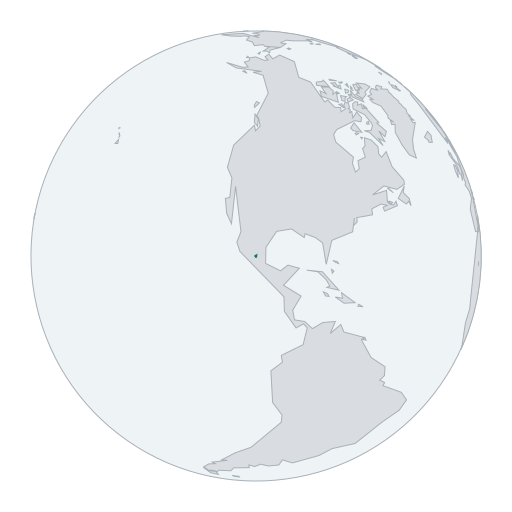 Distrito Federal highlighted on a globe, orthographic projection, rotated 29°
{"feature_id": "MEX-2727", "entity_name": "Distrito Federal", "entity_type": "Federal District", "adm_level": 1, "iso_a3": "MEX", "parent_name": "Mexico", "parent_adm1": "", "projection": "orthographic", "projection_center": [-99.124, 19.314], "detail": "fine", "context": "on_globe", "style": "filled", "palette": "teal", "viewbox_px": 512, "rotation_deg": 29, "n_neighbors": 0, "source": "natural_earth", "source_scale": "10m", "svg_char_len": 9164}
<svg xmlns="http://www.w3.org/2000/svg" viewBox="0 0 512 512"><g transform="rotate(29 256 256)"><circle cx="256" cy="256" r="225" fill="#eef3f6" stroke="#a8b0b8"/><path d="M42.3,326.2L42.8,327.8L42.3,326.2ZM335.7,294.1L330.5,292.3L325.9,299.5L307.7,290.7L300.2,278.1L239.7,259.8L232.5,253.1L231.0,241.9L204.3,204.9L218.9,239.7L209.8,233.0L201.3,220.5L204.7,217.5L197.1,199.4L188.0,192.3L182.7,169.8L191.2,142.4L194.9,146.8L196.6,140.3L191.9,134.6L188.5,132.6L187.8,107.7L174.6,94.5L164.3,96.7L171.3,91.8L147.7,101.0L136.5,101.0L152.9,97.4L157.5,94.4L151.8,92.1L155.3,88.6L154.5,85.7L159.2,82.0L168.4,80.9L171.5,78.7L167.3,77.4L169.4,73.3L175.1,75.5L179.2,68.8L195.3,67.4L206.8,79.0L219.5,77.4L241.3,88.0L243.1,84.8L252.5,87.7L258.1,85.3L260.5,88.6L262.9,84.0L259.6,81.5L259.5,78.7L262.4,77.3L266.1,81.0L265.1,82.3L267.8,82.7L268.3,85.3L269.7,83.2L273.8,88.3L274.2,81.3L281.2,83.8L282.7,87.7L276.7,89.8L265.3,106.3L265.0,112.2L270.6,117.7L293.3,122.3L295.4,128.2L302.4,134.4L304.0,129.6L299.0,123.2L303.7,116.6L297.1,110.3L298.0,106.9L293.5,100.0L300.5,98.7L309.7,101.3L313.8,107.2L318.0,108.8L319.2,101.6L331.7,111.9L348.5,118.0L351.1,121.3L346.8,129.5L333.9,132.7L328.4,146.0L338.4,135.3L344.6,144.8L348.3,145.8L351.7,144.5L351.9,140.2L355.3,143.4L346.7,154.4L343.5,151.7L346.2,148.0L340.2,149.9L334.4,158.6L338.0,163.4L325.6,173.5L328.0,177.2L326.6,182.0L323.6,175.1L328.8,188.0L314.7,205.6L321.5,229.3L307.9,212.2L298.8,211.1L288.2,212.7L289.2,216.5L274.0,215.1L262.1,224.4L260.5,243.7L268.0,257.8L284.6,257.1L288.3,248.5L299.8,245.7L294.3,268.3L314.9,269.2L314.4,285.6L320.7,293.2L330.3,289.7L340.5,292.2L346.7,281.8L357.1,274.8L358.5,287.8L363.4,274.8L369.8,279.9L390.0,274.8L388.7,278.1L405.9,289.0L422.5,290.3L426.3,298.3L424.5,304.6L429.8,304.3L429.9,307.9L449.2,304.8L457.4,308.9L456.0,321.5L446.9,339.8L433.6,371.9L415.9,387.6L407.9,399.8L388.2,419.3L377.9,421.5L377.3,427.7L368.7,433.6L361.1,435.8L356.8,440.8L351.0,442.2L352.7,444.4L339.2,452.1L338.2,456.0L327.3,461.4L326.8,463.4L324.2,463.8L320.4,465.1L318.7,466.4L312.5,465.7L315.4,460.8L321.0,457.4L317.6,457.5L330.0,448.6L324.8,450.9L333.4,438.0L344.4,425.7L358.7,389.2L355.8,382.4L341.6,376.1L324.7,349.2L330.6,336.1L326.3,330.7L340.2,310.7L335.7,294.1ZM78.2,225.9L79.3,220.7L80.6,224.6L78.2,225.9ZM78.7,217.2L78.5,219.0L78.4,217.4L78.7,217.2ZM77.7,215.7L78.4,216.8L77.4,216.1L77.7,215.7ZM76.1,214.5L77.0,214.9L76.8,215.1L76.1,214.5ZM321.8,237.6L345.1,245.7L333.2,249.1L335.2,246.6L329.0,242.7L317.9,239.8L307.1,243.8L321.8,237.6ZM74.3,211.0L74.0,210.0L74.9,209.9L74.3,211.0ZM329.2,223.0L325.3,222.6L328.9,222.0L329.2,223.0ZM186.4,132.4L191.5,135.0L194.4,141.7L189.8,139.9L186.4,132.4ZM181.5,120.7L184.8,120.5L182.7,126.8L181.4,124.9L181.5,120.7ZM156.1,99.4L159.6,100.5L155.0,100.8L156.1,99.4ZM153.6,86.0L151.5,87.0L152.0,85.2L153.6,86.0ZM290.0,101.4L291.7,100.7L291.7,102.3L290.0,101.4ZM286.4,99.1L285.1,101.4L283.2,100.8L284.1,99.3L286.4,99.1ZM159.6,78.0L161.0,75.1L161.1,77.8L159.6,78.0ZM288.5,96.5L280.0,99.3L276.7,98.2L277.2,92.0L288.5,96.5ZM162.9,73.3L166.3,67.1L161.9,68.3L176.2,61.8L168.6,68.9L169.4,71.8L166.3,71.5L162.9,73.3ZM257.2,81.3L260.9,83.9L255.1,83.2L257.2,81.3ZM253.5,81.6L235.8,84.6L231.9,80.5L238.6,80.1L231.3,76.4L238.1,72.9L243.6,74.2L244.8,77.4L246.5,73.7L253.5,81.6ZM183.5,59.5L185.7,58.1L185.1,59.4L183.5,59.5ZM259.0,77.6L255.8,78.4L252.1,74.8L257.9,72.7L257.2,74.5L259.0,77.6ZM226.1,77.4L224.4,74.7L229.4,71.0L229.5,69.5L237.9,72.5L226.1,77.4ZM259.6,74.6L261.0,71.8L265.4,72.3L261.9,76.7L259.6,74.6ZM248.7,74.9L247.3,73.2L250.0,73.4L248.7,74.9ZM281.9,73.1L278.1,73.7L275.9,71.8L281.9,73.1ZM261.2,70.8L259.7,70.6L258.4,70.1L260.2,68.5L261.2,70.8ZM240.9,69.9L243.3,69.1L237.7,68.4L241.2,66.0L246.2,68.6L245.6,66.5L246.7,65.8L249.5,68.7L240.9,69.9ZM258.1,65.3L265.7,68.3L273.2,67.5L275.4,69.0L262.9,70.2L258.1,65.3ZM252.8,67.0L256.6,66.2L257.4,68.3L255.3,70.2L252.8,67.0ZM241.8,63.6L235.1,66.6L234.2,66.0L241.8,63.6ZM260.1,64.5L258.2,63.9L260.5,64.2L260.1,64.5ZM247.3,63.3L245.0,64.3L244.1,63.6L247.3,63.3ZM256.4,61.8L258.8,62.7L257.5,63.8L256.4,61.8ZM252.1,62.1L251.4,60.8L255.5,63.7L251.2,62.7L252.1,62.1ZM246.8,62.4L245.5,62.3L247.9,62.1L246.8,62.4ZM260.0,57.1L265.6,60.5L262.7,62.9L257.6,59.3L260.0,57.1ZM321.5,467.5L312.4,466.4L318.1,466.8L325.4,463.9L328.9,465.2L321.5,467.5ZM341.5,459.5L348.0,457.0L348.6,457.3L344.2,459.1L341.5,459.5ZM410.1,91.7L409.2,90.9L416.8,99.3L435.3,121.8L438.0,127.3L436.2,128.2L420.7,111.2L416.5,101.0L411.0,95.9L404.3,92.4L403.6,90.0L400.3,87.7L398.0,84.2L387.4,75.3L383.9,71.9L372.6,65.2L369.2,62.8L376.9,67.3L380.4,69.0L370.9,62.2L367.6,60.3L382.6,69.6L396.8,80.1L410.1,91.7ZM366.6,59.7L360.3,56.4L358.9,55.6L366.6,59.7ZM357.8,55.0L353.4,52.9L346.0,49.5L357.8,55.0ZM345.0,49.0L351.0,52.1L343.4,49.1L334.1,45.4L332.8,45.3L347.9,51.5L352.9,53.6L355.3,54.3L369.9,62.0L374.7,65.2L363.9,60.3L369.5,64.6L358.7,59.8L324.4,44.3L313.8,40.2L311.3,37.7L317.9,39.4L322.1,40.9L324.7,41.4L345.0,49.0ZM324.2,41.3L321.4,40.5L320.4,40.1L324.2,41.3ZM316.9,39.1L312.3,37.9L311.3,37.6L316.9,39.1ZM310.4,37.4L306.0,36.5L303.4,35.8L306.0,36.3L310.4,37.4ZM300.8,35.2L293.1,33.8L291.4,33.5L300.8,35.2ZM283.1,32.4L281.8,32.2L283.1,32.4ZM274.6,31.5L273.9,31.5L268.5,31.3L265.7,31.0L267.3,31.0L267.0,31.0L274.6,31.5ZM265.4,30.9L265.7,31.0L263.2,31.0L261.7,30.8L262.1,30.9L259.9,30.8L255.2,30.8L256.4,31.0L236.9,33.7L225.8,34.6L226.7,33.6L210.1,37.5L198.9,39.6L201.1,39.5L194.7,42.2L198.1,41.5L198.7,41.7L183.7,50.1L178.1,52.4L174.2,57.3L175.3,57.5L179.3,55.9L176.2,61.8L161.9,68.3L160.0,67.6L152.4,72.8L149.2,70.6L143.0,71.7L143.8,67.4L138.8,69.2L136.4,71.1L127.8,75.6L118.5,79.3L136.7,67.6L152.8,63.5L147.2,64.0L151.6,61.6L151.5,60.6L147.3,61.6L144.8,63.1L154.3,55.3L152.2,56.1L167.3,48.9L183.0,42.9L199.0,38.0L215.4,34.4L232.0,32.0L248.7,30.8L265.4,30.9ZM480.5,237.6L480.6,238.4L479.4,233.9L471.5,212.6L468.5,198.6L463.1,186.2L438.5,128.4L438.8,126.2L430.0,112.9L440.3,126.4L449.6,140.8L457.8,155.8L464.8,171.3L470.6,187.4L475.2,203.9L478.5,220.6L480.5,237.6ZM453.3,152.9L455.5,156.8L453.3,152.9ZM390.6,274.4L393.1,276.3L390.0,277.2L390.6,274.4ZM332.3,254.7L336.9,254.3L339.5,256.0L336.1,257.2L332.3,254.7ZM369.3,248.4L374.2,248.5L369.4,250.6L369.3,248.4ZM348.6,246.6L365.3,248.8L355.9,254.6L345.2,253.4L352.2,251.0L348.6,246.6ZM328.5,231.0L331.5,231.5L331.1,234.1L328.5,231.0ZM331.9,222.6L330.8,222.9L329.0,221.2L331.9,222.6ZM345.1,144.2L345.9,143.4L349.7,142.9L348.6,144.9L345.1,144.2ZM362.1,131.4L367.3,136.9L362.9,134.1L362.4,137.6L352.5,136.7L351.8,123.0L353.9,129.1L362.1,131.4ZM339.0,132.5L345.4,134.1L338.5,133.0L339.0,132.5ZM384.7,80.4L386.4,80.2L390.9,83.5L395.2,89.6L388.8,84.7L384.7,80.4ZM387.7,79.3L375.8,73.8L372.6,70.3L376.4,73.1L375.5,71.4L381.4,75.4L390.0,78.3L394.5,81.6L400.1,90.0L395.8,85.2L394.4,85.4L387.7,79.3ZM351.0,71.3L345.8,70.4L345.6,63.9L350.5,65.6L355.1,71.2L352.1,72.7L351.0,71.3ZM291.0,85.8L289.0,87.0L288.0,85.8L288.9,83.8L291.0,85.8ZM280.3,73.5L298.6,79.7L297.3,81.2L309.6,83.8L310.9,89.1L302.9,87.1L313.1,93.4L306.3,93.8L313.7,97.8L295.6,92.9L290.0,93.9L295.8,90.6L294.8,85.6L292.6,83.8L282.4,79.7L269.7,80.3L266.7,76.0L267.9,72.9L270.5,72.1L271.6,75.0L274.2,71.9L277.9,75.5L280.3,73.5ZM283.9,47.0L284.2,49.3L290.1,46.5L293.7,48.9L294.2,48.5L299.2,50.2L306.1,51.6L306.9,52.9L309.2,53.0L312.5,54.3L316.0,54.9L318.7,57.7L323.1,58.8L321.8,59.5L328.8,60.8L324.8,61.2L328.8,63.4L330.5,61.9L336.5,78.4L342.0,86.1L348.8,92.6L341.1,93.2L329.8,87.9L317.9,80.4L313.7,73.3L311.0,75.3L308.1,72.6L311.5,72.2L304.6,71.3L303.2,69.1L292.6,64.3L283.6,65.1L279.6,63.7L282.4,62.3L276.3,61.9L278.8,58.5L276.0,57.5L275.6,53.5L282.6,51.9L278.9,51.0L278.4,48.3L283.9,47.0ZM260.2,55.9L267.8,52.8L273.5,52.8L271.8,59.9L274.0,61.2L273.1,66.4L264.8,66.5L265.8,64.9L264.9,63.5L267.9,64.0L264.8,62.5L266.1,60.4L264.1,58.8L267.1,58.1L260.2,55.9ZM419.7,101.2L418.5,99.9L417.7,99.1L419.7,101.2ZM416.0,97.4L414.9,96.3L412.2,93.7L414.8,96.2L416.0,97.4ZM375.0,65.9L372.9,64.3L374.1,64.9L377.1,66.7L375.0,65.9ZM302.1,41.5L301.3,42.2L299.8,41.9L294.1,42.4L290.9,40.9L293.1,40.1L302.1,41.5ZM297.7,40.0L295.7,40.3L295.4,39.4L297.7,40.0ZM288.3,40.0L287.3,38.9L289.9,40.8L288.3,40.0ZM267.8,32.2L279.2,32.7L285.3,33.0L285.5,32.7L290.2,33.7L280.7,33.2L267.8,32.2ZM241.0,33.3L240.9,34.2L237.7,34.2L237.3,34.0L241.0,33.3ZM243.2,33.6L249.2,34.1L247.1,34.9L242.8,34.3L243.2,33.6ZM273.8,35.7L277.5,35.8L277.7,36.4L273.8,35.7ZM43.2,329.9L42.5,327.9L43.8,331.7L43.4,330.4L43.2,329.9ZM42.8,327.9L42.1,326.5L42.3,326.2L42.8,327.9ZM139.5,63.2L140.4,62.7L135.7,65.5L139.5,63.2ZM183.7,58.2L185.5,58.1L183.0,59.1L183.7,58.2ZM200.7,41.3L201.1,41.8L198.2,42.6L200.7,41.3ZM200.6,43.8L203.6,42.5L201.6,44.0L200.6,43.8ZM210.3,39.8L205.4,42.0L208.4,39.8L210.3,39.8Z" fill="#d9dde1" stroke="#a8b0b8" stroke-width="1"/><path d="M256.0,255.0L256.1,255.3L256.3,255.4L256.3,255.5L256.2,255.6L256.3,255.7L256.2,255.8L256.3,255.8L256.5,255.9L256.5,256.0L256.6,256.3L256.6,256.5L256.7,256.8L256.4,256.9L256.3,257.0L256.2,256.9L255.9,256.9L255.7,256.8L255.4,256.7L255.3,256.4L255.2,256.3L255.2,256.2L255.3,256.2L255.2,256.1L255.3,256.0L255.3,255.9L255.5,255.8L255.5,255.7L255.7,255.4L255.8,255.4L255.9,255.2L256.0,255.0L256.0,255.0Z" fill="#14b8a6" stroke="#0f766e" stroke-width="1.5"/></g></svg>